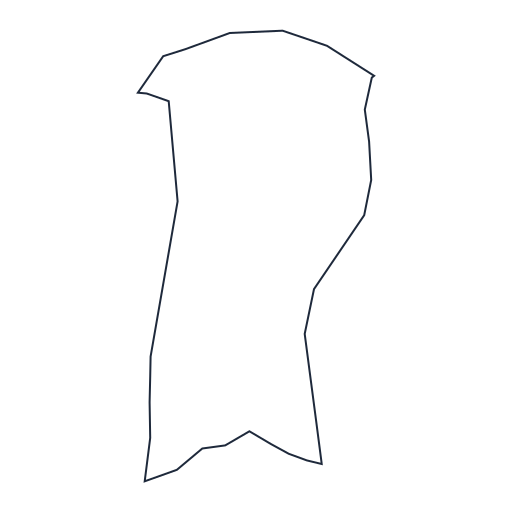 Bunia, Orientale, Democratic Republic of the Congo
{"feature_id": "63176286B65216379244562", "entity_name": "Bunia", "entity_type": "district", "adm_level": 2, "iso_a3": "COD", "parent_name": "Democratic Republic of the Congo", "parent_adm1": "Orientale", "projection": "equal_earth", "projection_center": [30.259, 1.541], "detail": "fine", "context": "isolated", "style": "outline", "palette": "slate", "viewbox_px": 512, "rotation_deg": 0, "n_neighbors": 0, "source": "geoboundaries", "source_scale": "gbopen_adm2", "svg_char_len": 513}
<svg xmlns="http://www.w3.org/2000/svg" viewBox="0 0 512 512"><path d="M374.1,75.8L327.0,45.8L282.6,30.7L229.7,33.0L185.3,49.2L163.2,56.2L137.9,92.7L146.7,93.5L168.7,101.2L177.6,201.4L150.6,356.5L150.2,376.9L149.6,402.2L150.2,437.9L144.7,481.3L176.9,469.8L202.3,448.5L225.2,445.4L249.4,431.3L270.7,443.9L288.8,453.8L306.8,460.4L321.7,464.0L321.5,462.2L316.5,423.7L304.7,333.9L314.0,289.1L364.2,215.2L371.2,180.0L369.1,141.6L364.8,109.6L371.8,77.6L374.1,75.8Z" fill="none" stroke="#1e293b" stroke-width="2"/></svg>